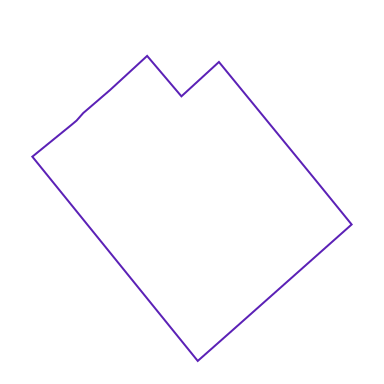 the district of Huron, Ohio, United States of America, rotated 230°
{"feature_id": "52423323B64843440353794", "entity_name": "Huron", "entity_type": "district", "adm_level": 2, "iso_a3": "USA", "parent_name": "United States of America", "parent_adm1": "Ohio", "projection": "orthographic", "projection_center": [-82.559, 41.141], "detail": "fine", "context": "isolated", "style": "outline", "palette": "violet", "viewbox_px": 384, "rotation_deg": 230, "n_neighbors": 0, "source": "geoboundaries", "source_scale": "gbopen_adm2", "svg_char_len": 327}
<svg xmlns="http://www.w3.org/2000/svg" viewBox="0 0 384 384"><g transform="rotate(230 192 192)"><path d="M64.5,293.4L119.9,294.3L274.3,296.2L272.1,245.4L325.1,245.1L322.8,194.5L322.4,159.4L320.9,149.5L320.9,143.1L321.7,92.4L58.9,87.8L59.5,112.1L60.2,139.0L64.5,293.4Z" fill="none" stroke="#5b21b6" stroke-width="2"/></g></svg>